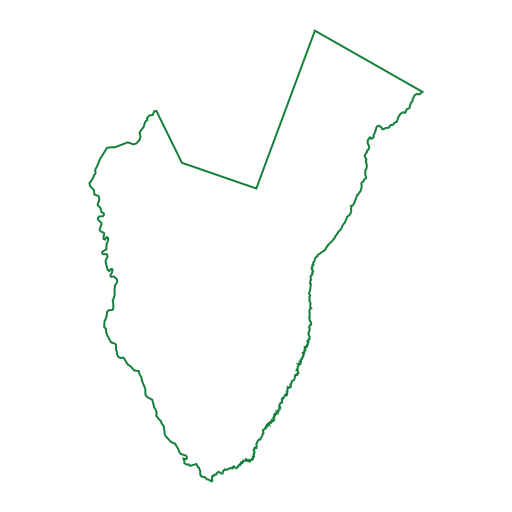 outline of Senanga, Western, Zambia
{"feature_id": "96606910B84216604788069", "entity_name": "Senanga", "entity_type": "district", "adm_level": 2, "iso_a3": "ZMB", "parent_name": "Zambia", "parent_adm1": "Western", "projection": "equal_earth", "projection_center": [23.97, -16.023], "detail": "fine", "context": "isolated", "style": "outline", "palette": "green", "viewbox_px": 512, "rotation_deg": 0, "n_neighbors": 0, "source": "geoboundaries", "source_scale": "gbopen_adm2", "svg_char_len": 6098}
<svg xmlns="http://www.w3.org/2000/svg" viewBox="0 0 512 512"><path d="M314.9,30.7L256.3,188.5L181.9,162.8L156.4,110.9L154.1,111.4L152.8,114.9L149.3,115.5L146.9,118.2L147.4,120.0L145.1,122.0L143.6,127.1L140.7,130.6L139.6,133.0L140.5,136.6L139.3,140.3L136.2,143.5L133.4,144.4L127.9,142.3L114.4,147.4L112.1,147.1L107.0,147.9L100.0,159.1L97.0,166.5L95.6,168.9L95.1,170.7L95.6,172.5L95.2,174.0L93.8,175.5L93.7,176.6L91.8,180.1L89.5,183.0L89.9,185.9L93.8,189.8L94.4,194.5L98.6,196.1L99.3,198.3L99.0,200.9L97.8,203.6L97.8,205.4L100.3,207.7L101.5,212.0L103.9,213.5L103.8,215.3L103.1,216.1L98.9,216.6L98.0,217.8L97.9,219.5L101.3,222.8L101.6,224.0L99.7,229.2L99.8,230.2L101.0,231.6L103.9,232.9L104.3,234.0L103.5,237.1L103.6,239.0L104.9,239.6L106.6,237.1L107.7,237.6L108.2,238.5L107.9,240.8L106.4,244.6L106.4,249.5L102.4,251.6L102.1,253.1L103.3,254.3L106.6,254.1L107.2,254.7L107.5,257.1L105.8,260.0L105.6,261.9L107.6,269.7L109.1,271.1L111.1,269.0L112.2,269.1L112.6,270.0L111.4,273.9L110.3,275.1L110.6,276.4L111.8,276.9L113.8,276.4L116.8,279.2L117.3,280.8L117.1,282.3L115.1,285.1L114.5,289.8L114.7,295.3L112.7,300.9L113.3,303.2L113.3,308.3L112.5,309.9L108.4,310.4L107.2,311.8L106.4,317.1L104.5,321.5L104.2,327.1L105.9,328.8L106.2,332.2L107.4,335.7L111.1,342.4L114.3,343.3L116.0,344.7L116.0,349.7L116.8,351.4L117.0,354.1L118.2,356.8L120.4,358.0L123.0,357.6L123.9,358.0L127.7,364.5L130.6,366.4L134.3,370.5L138.7,371.0L139.4,374.0L141.3,377.2L142.1,381.1L145.3,388.9L145.4,394.7L146.8,396.7L152.3,399.9L154.3,407.7L155.5,409.4L156.4,411.8L156.7,413.5L156.2,415.6L159.5,419.9L160.7,420.7L161.6,423.3L163.8,426.4L164.8,434.6L165.7,436.2L171.4,442.3L174.2,443.1L175.2,444.0L178.3,449.0L179.3,452.0L180.8,454.0L185.7,455.5L186.6,456.4L186.9,457.7L186.4,459.1L183.5,458.6L184.3,460.7L184.4,463.0L186.3,464.5L188.8,464.4L190.0,465.9L196.4,464.0L198.0,467.3L198.9,467.6L200.3,471.5L200.2,474.5L201.5,476.6L205.0,477.2L207.0,479.4L208.1,479.4L211.3,481.3L212.4,480.7L211.9,479.3L212.3,478.1L212.0,476.6L212.7,475.7L214.3,475.6L214.6,474.6L216.2,474.6L216.8,473.0L218.0,472.1L218.9,471.8L220.7,473.3L222.6,473.4L222.8,471.7L224.7,469.3L226.4,469.9L230.3,468.0L232.4,468.4L232.5,467.2L233.3,466.8L233.6,467.2L234.0,466.5L236.4,468.2L238.4,466.6L238.2,465.6L239.5,465.0L240.2,464.0L240.5,464.4L241.0,462.9L241.3,463.4L242.0,462.5L242.1,463.0L242.5,462.8L243.4,461.4L243.3,460.6L245.6,460.8L245.8,459.9L246.2,460.4L246.6,459.6L247.2,460.3L248.0,460.2L248.1,460.8L248.7,460.5L248.6,461.1L249.3,461.5L249.8,460.3L250.3,460.9L251.1,459.6L252.1,459.8L252.4,458.9L252.9,458.9L252.8,457.7L253.2,458.1L254.0,456.6L253.7,454.5L254.2,453.9L253.8,453.5L254.5,452.2L254.3,450.9L253.6,450.6L254.3,448.2L255.4,447.4L255.9,448.3L256.4,448.1L256.7,445.6L256.3,444.4L257.2,441.9L258.9,439.5L260.0,439.7L262.3,435.6L262.6,434.0L263.5,433.1L262.9,430.2L265.8,428.3L265.5,427.8L266.5,427.0L266.1,426.5L267.0,426.2L266.9,425.2L267.5,425.4L267.3,424.6L268.0,424.1L268.8,424.5L268.5,424.0L269.0,424.0L268.9,423.1L270.2,422.8L270.3,421.9L271.0,422.0L271.6,420.9L271.7,421.5L272.0,420.9L272.2,421.5L272.9,421.3L273.5,420.5L273.1,420.2L274.0,420.1L273.6,419.5L273.9,418.1L273.5,417.6L274.0,417.4L274.1,416.5L273.8,415.9L274.2,416.3L274.1,415.3L274.8,415.3L274.8,413.9L275.5,414.1L275.5,414.8L276.2,414.0L276.2,413.2L277.0,412.8L276.8,412.2L277.3,412.6L277.0,411.6L278.3,411.6L278.0,410.7L278.6,409.7L279.5,409.6L279.3,406.7L280.0,407.0L279.2,405.3L280.6,402.8L282.2,402.4L281.8,399.7L282.3,399.4L282.3,398.1L283.4,398.2L285.3,394.8L286.1,395.2L286.0,394.4L286.9,394.7L287.4,392.1L286.9,392.1L286.8,391.2L287.4,390.8L287.5,387.9L287.9,388.0L288.0,387.3L288.8,387.8L290.1,387.4L289.9,387.1L289.9,386.8L290.8,386.5L291.0,385.0L290.4,384.4L291.3,383.5L291.9,381.1L294.1,379.9L295.1,376.7L295.0,375.2L295.9,374.7L296.0,375.2L297.1,375.1L297.2,374.0L298.3,373.2L297.9,372.9L297.9,370.7L297.3,370.0L296.6,370.2L296.7,369.6L297.7,368.7L297.7,367.0L298.6,365.4L298.3,364.9L298.7,365.1L299.0,363.9L299.3,364.4L300.1,364.1L299.7,363.8L300.9,362.3L300.4,361.8L300.7,361.6L300.3,361.1L300.9,360.9L300.6,360.1L301.8,359.1L301.7,358.1L302.8,357.4L302.8,356.3L303.5,356.0L303.2,354.7L303.6,355.1L303.4,354.5L304.2,353.5L304.2,352.4L303.6,352.2L304.5,351.4L304.5,350.7L305.4,350.3L304.6,349.2L305.1,348.9L304.8,347.2L305.6,347.3L306.0,346.5L306.7,347.0L307.1,346.0L306.5,345.9L307.6,344.8L307.3,344.4L307.9,343.7L307.7,342.7L308.1,343.1L308.5,342.1L308.5,340.5L308.1,340.3L309.1,338.5L309.4,338.7L309.6,336.4L308.6,335.0L308.5,332.3L309.0,332.0L309.8,328.9L309.0,327.3L309.7,326.7L309.7,325.5L311.2,324.6L310.9,322.3L309.5,320.0L309.6,317.7L309.2,317.5L309.7,316.5L309.5,310.0L310.3,308.6L311.1,308.4L310.2,307.3L310.5,303.1L309.3,300.8L309.7,299.4L309.3,297.3L310.2,295.6L309.0,293.5L310.0,290.5L310.9,284.1L310.0,283.4L310.5,280.4L311.1,280.0L310.5,277.9L311.0,275.5L312.1,274.9L312.5,273.6L312.1,273.1L312.9,272.0L312.5,271.9L312.7,269.7L311.8,269.2L311.6,268.0L312.1,267.7L312.3,265.4L312.9,265.5L313.5,264.4L313.1,262.9L314.6,260.7L314.7,259.0L316.7,256.4L317.4,256.3L317.6,255.1L325.2,249.9L326.4,247.2L327.5,246.3L327.5,245.5L332.2,241.0L335.2,237.0L335.6,235.6L336.5,235.0L338.2,232.2L341.2,228.9L342.7,225.2L345.0,222.2L347.1,217.0L349.9,214.5L350.7,213.0L351.3,210.3L350.9,208.7L351.4,207.2L351.0,206.0L353.0,205.2L354.7,202.2L354.9,200.5L355.8,199.3L357.2,194.9L357.9,194.8L360.8,190.5L361.7,186.8L361.4,183.1L363.7,181.0L364.2,179.4L366.1,178.2L365.1,172.9L365.6,171.7L365.3,169.9L366.4,168.8L366.8,166.8L366.6,163.9L365.8,162.0L366.3,161.4L365.8,160.1L366.4,159.2L364.7,156.3L365.2,154.3L367.0,152.0L367.1,150.4L368.0,150.1L369.2,147.9L368.8,145.3L367.6,143.3L367.9,139.9L368.8,139.2L369.7,137.4L370.4,137.4L370.5,138.2L371.5,138.8L373.6,137.4L373.6,135.0L375.3,131.8L375.4,130.1L376.1,129.4L376.1,128.2L377.1,126.4L379.3,125.7L382.2,128.4L382.3,129.1L383.4,129.3L385.8,128.0L388.8,127.7L390.7,125.1L393.3,124.7L394.1,122.9L396.9,121.7L398.2,117.4L400.3,114.0L403.1,112.2L405.1,112.9L406.7,109.3L409.4,108.2L410.9,102.7L412.4,101.4L412.8,98.7L414.7,95.3L417.0,93.9L419.2,94.4L422.5,91.9L314.9,30.7Z" fill="none" stroke="#15803d" stroke-width="2"/></svg>